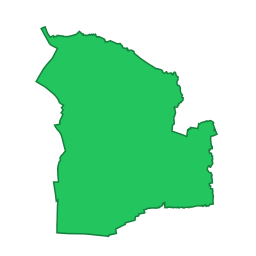 outline of Bang Len, Nakhon Pathom, Thailand, rotated 176°
{"feature_id": "78962969B43519510241877", "entity_name": "Bang Len", "entity_type": "district", "adm_level": 2, "iso_a3": "THA", "parent_name": "Thailand", "parent_adm1": "Nakhon Pathom", "projection": "albers", "projection_center": [100.172, 14.035], "detail": "fine", "context": "isolated", "style": "filled", "palette": "green", "viewbox_px": 256, "rotation_deg": 176, "n_neighbors": 0, "source": "geoboundaries", "source_scale": "gbopen_adm2", "svg_char_len": 5690}
<svg xmlns="http://www.w3.org/2000/svg" viewBox="0 0 256 256"><g transform="rotate(176 128 128)"><path d="M204.6,59.9L202.9,61.2L203.0,59.4L203.4,57.9L203.8,55.0L204.3,49.7L204.6,46.5L205.0,41.6L205.7,35.4L205.7,34.2L206.2,28.4L194.8,26.8L189.4,26.4L178.3,25.4L156.8,21.7L155.1,21.6L155.2,21.3L154.9,21.3L154.2,22.8L153.0,22.7L153.0,22.8L148.2,23.4L148.1,23.7L147.0,23.7L147.3,28.1L144.3,29.3L139.2,31.4L137.5,32.0L137.7,33.3L134.2,34.2L128.5,35.3L127.7,35.4L127.3,36.0L127.2,37.7L126.7,38.7L126.6,39.2L124.0,39.4L123.9,39.7L123.4,39.8L123.0,41.7L121.2,41.6L121.1,41.9L118.2,41.9L117.1,42.3L118.0,45.2L116.7,45.4L115.5,45.7L115.0,45.8L114.7,46.2L113.6,46.5L112.3,46.4L111.8,46.3L110.6,46.6L109.6,46.5L108.6,46.5L106.8,46.2L106.3,46.3L105.9,46.2L105.4,46.2L105.0,46.0L104.2,46.4L103.0,46.2L102.3,46.6L102.1,47.3L101.5,47.0L101.1,47.2L100.8,47.3L100.6,47.6L99.9,48.0L99.7,48.3L99.2,48.3L98.8,49.2L98.4,49.2L98.3,49.3L98.6,50.3L97.2,51.0L96.5,51.1L96.7,48.6L96.8,46.0L95.2,45.9L95.1,46.1L94.6,45.9L94.6,46.1L94.2,46.1L94.1,46.3L93.4,46.1L92.7,46.2L92.6,46.3L92.4,46.1L92.1,46.2L91.6,46.3L91.0,45.8L89.7,45.7L89.1,45.5L88.8,45.5L88.2,45.2L87.7,45.7L85.1,45.1L83.5,45.5L83.1,44.8L82.6,44.8L79.8,45.3L79.5,45.1L79.0,45.2L78.7,44.5L78.6,44.4L77.5,44.4L75.1,44.9L73.9,44.7L73.1,44.3L72.7,44.3L72.6,44.8L70.6,44.8L70.4,44.6L69.9,44.7L68.7,44.8L66.2,45.3L64.8,45.5L61.2,45.3L60.4,45.1L59.7,45.1L59.8,45.4L58.9,45.5L58.6,44.6L56.0,45.9L56.0,45.1L55.6,44.4L55.0,44.7L54.8,44.6L54.2,44.8L53.8,44.8L53.6,44.5L53.2,44.5L52.7,44.9L51.2,46.2L50.9,46.0L50.2,46.2L49.2,46.1L48.2,46.2L48.4,48.6L48.1,51.2L47.6,54.3L48.3,57.7L48.2,58.0L47.8,58.2L47.9,61.4L49.8,61.8L49.7,64.7L49.8,64.8L50.8,64.9L50.8,65.7L51.0,66.4L50.4,67.0L47.6,67.4L47.7,72.0L48.2,72.5L48.0,74.1L47.7,74.1L47.4,75.3L48.1,76.1L48.0,77.3L49.1,77.8L49.9,78.0L50.2,78.2L51.0,79.6L51.7,80.2L51.7,81.3L51.5,82.5L51.0,83.5L50.2,84.7L49.5,84.6L48.9,83.2L48.6,83.2L48.3,83.2L47.1,85.3L46.1,86.2L45.9,87.2L46.4,90.0L45.8,90.2L45.7,94.2L46.4,94.3L46.5,96.6L47.1,96.7L47.2,97.3L48.3,97.2L48.4,97.3L48.9,99.7L48.5,99.8L48.6,100.3L47.7,100.4L47.7,101.3L45.4,101.5L45.3,103.7L46.0,103.8L46.1,105.4L46.4,110.3L46.1,113.8L43.4,114.3L39.6,115.6L40.0,116.5L41.0,119.6L42.3,119.3L42.3,119.8L42.0,120.0L42.1,120.8L41.4,121.0L43.0,126.4L42.9,126.5L42.2,127.0L42.5,127.3L42.5,127.8L44.9,129.6L45.8,129.6L48.1,129.0L48.3,129.4L48.7,129.6L50.1,129.3L51.0,128.8L52.7,128.7L54.4,128.2L56.1,127.2L56.6,127.2L57.2,127.4L57.5,125.9L58.2,123.8L58.4,122.6L65.7,124.2L65.8,122.8L67.4,122.9L67.6,122.0L68.6,122.1L70.0,115.4L76.0,118.3L77.0,118.6L84.4,121.8L83.3,127.8L81.6,128.9L81.5,131.7L81.6,133.9L81.5,135.7L81.3,136.1L80.6,136.7L80.5,137.8L79.8,138.9L79.6,139.6L79.5,140.5L79.8,141.4L79.9,143.0L79.7,143.7L80.5,144.2L80.6,144.4L80.2,145.7L78.0,145.4L77.0,145.6L76.3,148.0L75.8,147.8L75.7,148.6L75.2,148.9L75.2,149.1L73.2,149.9L73.1,150.0L73.2,150.6L72.3,151.0L71.4,151.6L71.1,152.4L70.9,154.4L72.0,154.6L72.0,155.9L71.4,157.1L72.3,158.3L72.9,159.5L73.1,160.6L73.2,162.4L73.0,163.6L73.2,165.0L73.5,165.9L74.2,167.0L75.2,166.9L76.0,167.9L76.0,170.7L75.6,171.6L75.2,171.9L74.9,172.4L74.7,173.5L74.7,174.3L74.4,175.4L75.3,175.8L76.2,177.1L76.5,178.1L76.6,179.3L77.3,180.4L77.4,180.5L77.6,180.5L78.2,180.2L78.6,179.7L79.2,178.3L79.4,178.2L79.6,178.1L80.5,178.3L80.4,179.4L80.4,179.5L80.7,179.7L81.7,179.9L83.2,179.6L84.9,179.7L85.1,179.9L85.3,180.9L85.4,181.2L85.7,181.4L86.1,181.3L87.3,180.2L87.8,180.1L88.7,180.3L89.0,180.6L89.3,181.0L89.5,181.5L89.5,182.4L90.1,183.2L91.9,184.2L92.7,184.3L93.9,185.0L95.4,185.1L97.6,186.5L104.9,191.8L110.9,196.7L116.0,201.5L116.7,202.5L116.7,203.7L117.1,203.8L117.2,204.3L117.9,204.4L118.2,205.0L119.9,205.6L122.1,205.0L122.4,205.8L123.2,205.5L123.3,205.6L123.3,205.9L122.9,206.2L122.8,206.9L123.0,207.5L123.4,207.5L123.5,207.8L124.9,207.6L127.3,208.3L127.6,208.4L127.7,208.5L127.8,209.5L128.2,210.8L129.5,211.9L129.7,212.7L131.2,212.8L132.0,212.7L132.9,212.8L133.9,213.3L139.6,216.3L142.9,215.3L143.2,215.3L143.6,215.6L144.6,215.4L144.8,216.0L144.7,216.5L145.1,217.0L144.9,217.5L145.4,217.8L145.5,218.4L150.0,220.9L151.3,221.3L151.6,220.8L152.5,221.2L152.9,221.1L153.1,221.6L153.6,222.2L153.7,222.7L153.5,222.8L153.5,223.1L154.0,223.9L155.0,223.4L156.0,223.2L156.1,223.8L156.9,223.4L157.2,224.0L158.1,223.9L158.4,223.6L159.0,223.2L159.4,223.6L159.7,224.1L161.3,223.5L163.2,223.1L163.2,223.4L164.4,223.6L165.4,223.8L166.3,223.9L165.9,224.4L166.0,224.9L166.4,225.1L167.8,225.5L167.9,225.9L168.3,226.2L168.5,226.7L169.4,227.3L169.9,227.8L170.6,227.1L171.0,226.5L171.9,226.1L172.7,225.3L173.3,225.0L174.2,224.7L175.5,224.6L177.1,224.1L179.2,223.8L181.6,223.3L181.9,223.4L183.0,223.5L186.1,223.7L186.2,224.2L190.3,224.9L190.4,225.1L192.2,225.3L192.5,224.4L194.6,224.3L195.1,224.2L195.2,224.4L195.7,224.1L196.2,225.3L199.3,224.0L201.6,228.1L202.2,229.6L203.6,234.7L205.7,233.8L205.7,234.1L207.7,233.2L200.6,218.0L199.9,216.9L198.5,215.8L192.9,212.3L194.7,209.2L198.4,203.2L199.2,202.2L204.0,197.5L207.8,193.3L212.7,186.3L216.4,180.7L207.8,174.8L204.5,171.7L199.8,167.1L198.1,165.2L196.5,162.8L195.5,160.8L195.0,159.5L194.8,158.5L194.5,158.1L192.9,156.7L190.7,155.1L191.5,154.4L193.0,152.8L191.4,150.5L193.7,147.8L191.9,146.2L195.5,139.7L195.8,138.1L195.5,138.1L195.9,136.4L198.8,136.2L201.1,136.0L200.2,134.1L199.0,132.1L198.5,131.2L197.1,129.6L195.4,126.7L194.7,124.2L194.2,121.9L194.0,120.2L192.0,109.3L193.1,108.4L194.7,106.5L196.4,105.2L197.0,104.2L197.8,103.3L197.8,103.0L197.8,102.6L197.8,101.5L197.6,100.3L197.8,100.0L198.6,99.6L199.0,99.1L200.4,94.9L200.7,93.9L201.0,91.2L201.2,85.2L201.1,81.6L201.2,78.9L206.0,79.3L205.5,73.8L205.5,72.5L205.3,70.9L205.1,69.4L204.6,59.9Z" fill="#22c55e" stroke="#15803d" stroke-width="1.5"/></g></svg>